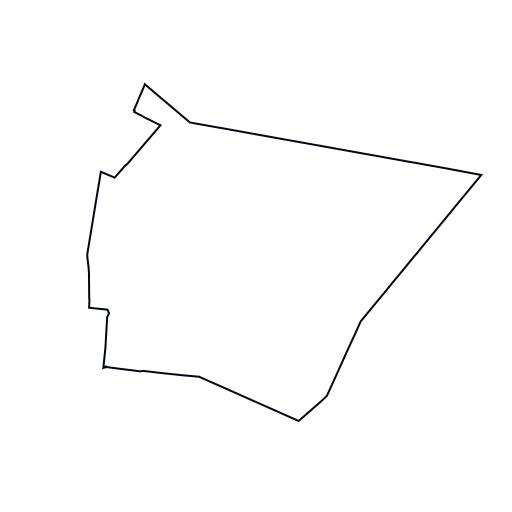 outline of Trancoso, Zacatecas, Mexico, rotated 23°
{"feature_id": "50627088B44241590316005", "entity_name": "Trancoso", "entity_type": "district", "adm_level": 2, "iso_a3": "MEX", "parent_name": "Mexico", "parent_adm1": "Zacatecas", "projection": "albers", "projection_center": [-102.327, 22.755], "detail": "fine", "context": "isolated", "style": "outline", "palette": "ink", "viewbox_px": 512, "rotation_deg": 23, "n_neighbors": 0, "source": "geoboundaries", "source_scale": "gbopen_adm2", "svg_char_len": 1597}
<svg xmlns="http://www.w3.org/2000/svg" viewBox="0 0 512 512"><g transform="rotate(23 256 256)"><path d="M159.2,418.6L159.9,417.7L159.9,417.8L160.7,417.7L160.9,417.4L160.9,417.2L161.5,416.4L162.4,416.5L163.3,416.2L173.1,413.5L189.9,408.7L194.5,407.4L197.2,405.8L211.5,401.6L213.2,401.1L218.9,399.4L230.6,395.8L235.9,394.2L250.7,389.4L256.6,389.5L289.2,390.0L359.7,391.2L373.3,363.1L375.9,357.0L376.5,333.3L377.1,306.4L377.2,302.7L377.3,298.8L377.6,289.6L377.9,275.3L389.8,235.2L391.6,228.9L393.3,223.2L394.5,219.3L402.6,191.7L402.8,191.6L403.6,188.4L406.7,178.0L408.8,170.9L416.3,145.4L418.4,138.4L420.0,132.7L426.8,109.9L431.7,93.4L394.8,101.5L373.3,106.4L371.5,106.8L367.9,107.6L360.3,109.4L359.5,109.6L356.5,110.3L355.9,110.4L354.8,110.6L351.1,111.5L346.5,112.5L345.0,112.9L342.3,113.5L336.5,114.8L334.2,115.3L321.1,118.3L312.9,120.2L288.7,125.7L231.7,138.7L213.6,142.8L200.1,145.9L196.8,146.6L189.4,148.3L185.4,149.2L181.8,150.0L173.0,152.0L172.6,152.1L172.2,152.2L171.9,152.3L171.5,152.4L171.1,152.5L170.5,152.6L170.2,152.7L168.5,153.1L157.9,155.5L149.2,157.5L142.9,158.9L140.1,158.0L131.1,155.2L107.5,147.9L92.1,143.1L90.6,142.6L89.2,142.2L87.8,141.7L86.6,141.3L86.7,143.6L86.6,152.8L86.6,157.7L86.7,161.5L86.7,165.4L86.6,169.7L87.7,169.9L87.7,171.0L94.5,171.4L99.3,172.0L100.0,172.0L117.0,173.0L110.0,195.0L101.7,221.3L100.1,224.3L95.3,239.1L80.3,239.1L87.0,266.9L87.4,268.5L100.0,320.3L100.9,322.4L106.5,332.2L109.1,337.4L119.2,360.6L119.7,361.2L122.6,368.8L125.8,367.9L140.3,363.4L143.1,366.1L142.9,370.5L153.1,398.9L159.2,418.6Z" fill="none" stroke="#020617" stroke-width="2"/></g></svg>